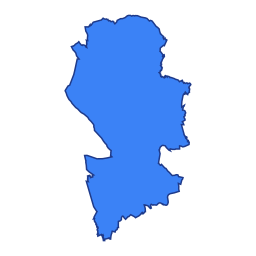 the district of Córdoba, Veracruz, Mexico
{"feature_id": "50627088B91123516565353", "entity_name": "Córdoba", "entity_type": "district", "adm_level": 2, "iso_a3": "MEX", "parent_name": "Mexico", "parent_adm1": "Veracruz", "projection": "equal_earth", "projection_center": [-96.934, 18.924], "detail": "fine", "context": "isolated", "style": "filled", "palette": "blue", "viewbox_px": 256, "rotation_deg": 0, "n_neighbors": 0, "source": "geoboundaries", "source_scale": "gbopen_adm2", "svg_char_len": 5743}
<svg xmlns="http://www.w3.org/2000/svg" viewBox="0 0 256 256"><path d="M190.8,84.7L190.5,83.9L189.7,83.1L187.7,83.7L187.2,83.0L186.8,82.9L185.3,83.4L184.3,82.6L183.8,83.1L182.7,81.5L182.5,80.8L182.3,81.0L182.2,80.7L181.9,80.9L181.8,80.5L179.4,81.7L178.4,80.2L176.5,79.5L175.6,79.4L174.6,78.7L171.7,77.7L170.4,77.3L170.0,77.6L169.1,76.6L168.7,76.5L167.5,76.2L167.2,77.0L166.5,76.1L165.3,75.6L164.7,76.4L165.5,76.9L164.7,77.7L164.1,77.1L163.8,77.6L162.1,76.5L161.6,77.0L160.8,76.4L160.5,75.0L160.8,75.1L160.6,74.1L159.1,72.6L160.5,71.8L160.3,71.4L160.4,70.6L161.4,70.3L161.4,69.7L161.7,69.7L162.2,67.8L161.6,67.6L161.6,66.2L161.3,65.9L161.0,66.1L160.5,65.3L161.6,64.1L160.8,63.3L161.4,62.2L161.2,62.1L162.0,60.7L162.3,59.6L163.5,57.6L162.5,56.5L162.6,56.1L164.3,56.6L164.4,56.4L164.1,54.7L163.1,55.0L161.0,52.2L160.6,51.7L160.0,51.4L160.2,50.2L160.1,49.6L160.3,49.2L160.2,48.3L160.6,47.7L163.5,45.3L164.3,45.7L166.8,40.2L166.6,40.0L166.3,40.3L166.6,39.8L166.2,39.6L166.1,39.9L165.9,39.9L165.8,39.5L165.1,38.7L165.0,38.2L163.9,39.2L163.1,37.6L163.3,37.2L163.4,37.4L163.8,37.0L163.5,36.5L161.5,34.8L160.8,33.9L160.5,33.9L159.6,31.2L159.2,29.0L157.5,27.3L156.2,26.5L152.4,21.4L151.9,20.9L150.4,20.4L149.4,21.0L147.0,18.5L145.4,17.9L141.0,17.1L137.5,15.7L135.1,15.6L134.7,15.9L133.0,15.5L131.7,16.1L130.4,15.4L128.6,15.4L127.3,15.8L125.1,17.6L122.6,18.6L120.5,18.7L117.2,20.4L116.7,22.0L114.9,23.8L113.9,22.5L113.8,21.9L113.3,21.7L112.9,21.2L111.0,21.7L109.8,20.6L108.6,20.8L108.1,20.1L108.0,19.5L107.0,19.5L106.6,19.0L105.2,19.2L104.0,18.8L103.1,18.2L101.4,20.0L93.3,22.2L92.3,23.5L91.2,25.2L90.3,25.7L90.1,24.7L88.6,26.9L85.1,26.9L85.8,31.1L87.3,33.8L87.7,35.4L87.4,38.6L87.7,40.6L86.4,40.3L86.7,41.1L86.6,42.4L86.8,42.8L86.6,43.3L86.7,43.9L86.9,44.0L86.8,44.4L86.5,44.8L86.4,46.3L86.7,47.4L85.8,46.9L85.3,45.8L84.8,45.4L83.8,45.0L82.7,44.9L82.3,45.4L81.3,45.0L79.3,42.7L79.2,42.2L78.8,41.7L77.8,42.8L75.4,44.2L74.4,45.4L73.3,46.1L73.2,46.0L71.4,46.6L73.2,50.1L74.5,51.3L75.8,53.0L76.6,55.9L79.0,59.0L77.2,59.1L74.8,70.3L73.8,74.5L69.7,85.2L68.0,86.0L65.2,90.5L65.3,91.2L66.1,92.7L67.0,95.6L68.4,98.4L69.1,99.6L71.0,101.5L72.0,103.3L75.7,107.5L77.7,108.9L80.2,111.6L81.3,112.6L84.0,114.1L87.8,117.3L89.0,119.4L91.2,121.5L93.5,124.4L93.9,125.5L93.8,126.9L94.4,128.5L94.5,130.5L101.6,138.1L103.6,141.3L105.5,143.7L106.3,144.3L106.8,145.2L107.0,146.2L108.1,147.9L109.8,149.6L111.1,150.5L110.8,152.7L110.9,153.0L110.6,155.8L111.4,156.2L111.9,156.8L107.4,157.9L102.6,158.7L97.0,158.8L87.7,155.6L87.0,155.4L84.6,155.5L85.7,160.3L85.9,160.5L85.8,162.2L86.3,165.3L86.6,169.5L89.0,171.8L93.6,175.0L92.3,175.4L92.7,176.6L92.4,176.7L92.5,177.0L90.6,177.6L90.6,176.9L90.3,176.8L89.9,175.5L89.5,175.7L89.5,175.4L87.8,175.9L88.2,176.5L87.6,177.0L87.9,177.5L87.7,178.1L87.9,178.3L87.5,179.1L87.9,179.6L87.8,180.5L88.3,181.6L86.3,181.2L93.7,206.7L96.4,210.9L97.0,211.5L94.0,217.2L94.2,217.6L93.8,218.3L94.2,218.1L94.6,218.5L94.1,219.2L94.3,219.3L94.5,221.2L95.0,221.5L95.0,222.1L96.1,223.3L95.8,224.1L96.1,224.8L96.6,224.8L96.8,226.8L97.5,226.7L97.7,226.9L97.2,227.3L97.4,228.0L98.0,227.7L98.1,228.0L97.5,228.2L97.5,229.4L97.1,229.8L97.2,230.1L97.8,230.5L97.9,231.0L97.7,231.6L98.0,233.0L97.5,233.3L97.7,233.9L98.1,234.1L97.3,234.5L97.9,235.4L97.9,236.1L101.5,234.5L101.7,235.3L102.7,234.9L102.3,236.2L102.4,236.6L102.9,236.2L103.2,235.4L103.4,235.6L102.9,237.6L103.3,237.6L103.5,238.0L103.1,238.6L103.4,240.6L104.7,240.6L104.6,239.2L107.3,238.6L109.1,237.9L109.3,238.8L110.6,239.1L111.0,235.7L111.6,233.4L111.9,233.1L111.9,232.2L112.2,231.2L115.1,232.0L115.5,230.5L117.1,229.5L117.5,227.6L118.5,227.5L118.3,226.0L118.4,221.4L120.3,220.8L121.4,219.7L121.4,217.8L122.2,216.3L122.8,216.1L123.4,216.5L124.2,217.9L125.6,219.3L128.0,216.7L128.8,216.6L130.7,214.7L134.5,216.7L135.5,217.7L137.1,216.8L137.5,217.1L137.3,216.8L139.6,215.4L142.2,212.4L143.0,213.2L142.6,213.8L143.1,213.8L143.8,213.2L144.8,211.8L145.4,211.7L145.2,208.3L144.2,204.9L145.0,204.9L145.9,205.4L146.6,205.3L148.0,205.9L150.1,208.2L150.7,208.5L151.3,208.0L150.8,207.0L150.9,206.4L150.5,205.9L150.4,205.3L151.2,204.3L152.4,205.0L153.1,205.1L153.4,204.8L156.5,205.1L157.0,204.8L158.4,203.3L159.5,202.9L160.2,202.9L160.7,203.0L163.0,204.6L163.1,204.2L163.6,204.6L165.9,205.2L166.7,205.1L167.1,204.8L167.7,204.0L168.2,202.3L168.1,200.9L167.5,197.2L167.8,195.7L168.6,194.6L170.1,193.7L174.4,192.8L179.2,191.3L178.7,189.1L178.8,186.6L178.4,183.4L180.7,184.3L181.8,180.0L182.6,179.1L183.0,177.6L178.6,176.6L177.9,174.9L177.3,174.8L176.3,174.7L174.3,175.4L172.8,175.4L172.3,175.6L172.0,175.4L169.4,172.5L167.7,171.0L166.0,168.5L164.7,167.9L161.5,164.4L160.8,165.2L160.4,165.3L159.5,164.2L158.4,163.3L158.7,162.6L158.7,161.8L160.1,153.7L159.1,149.9L159.5,149.7L159.8,148.2L160.3,147.1L161.8,145.7L162.9,145.3L165.4,145.9L166.2,147.4L168.9,150.1L170.2,150.7L169.9,150.2L170.2,148.9L172.6,149.4L174.9,149.4L175.8,149.0L179.6,149.0L179.6,145.9L181.1,146.1L182.8,146.9L184.8,146.4L189.0,144.5L189.2,142.2L187.7,141.7L188.4,140.9L188.3,140.5L188.0,140.3L187.6,140.5L185.9,138.1L186.8,138.1L186.9,137.9L186.8,137.1L186.2,136.8L185.6,137.4L185.5,136.6L185.0,136.0L184.9,136.1L184.7,135.9L184.6,135.5L184.0,134.7L184.1,134.4L181.4,124.6L183.8,124.7L183.1,122.8L182.3,121.8L185.1,120.0L184.8,118.7L184.1,117.7L183.9,116.7L185.0,115.8L185.1,115.1L184.7,114.7L185.7,112.9L184.9,110.9L183.5,110.1L182.6,110.1L182.6,109.0L183.0,108.4L183.3,106.8L184.0,106.2L184.3,105.3L181.7,107.1L181.6,104.6L181.9,101.2L183.1,95.1L183.9,94.3L184.5,94.3L184.2,93.6L185.2,93.3L185.4,93.0L185.0,92.7L185.3,92.1L186.1,93.0L185.9,93.6L186.4,93.9L187.1,93.9L187.4,94.5L187.7,94.6L187.9,93.5L189.5,92.1L189.2,91.1L189.6,89.9L189.6,88.8L189.2,87.7L189.0,87.9L188.8,87.2L190.8,84.7Z" fill="#3b82f6" stroke="#1e3a8a" stroke-width="1.5"/></svg>